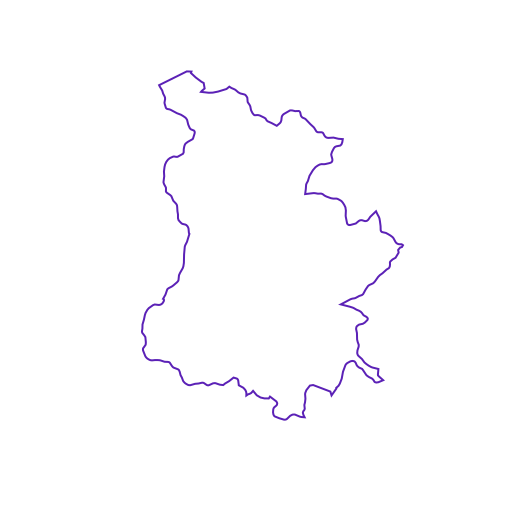 map outline of Rasinski (Mercator projection), rotated 123°
{"feature_id": "SRB-833", "entity_name": "Rasinski", "entity_type": "District", "adm_level": 1, "iso_a3": "SRB", "parent_name": "Republic of Serbia", "parent_adm1": "", "projection": "mercator", "projection_center": [21.143, 43.49], "detail": "fine", "context": "isolated", "style": "outline", "palette": "violet", "viewbox_px": 512, "rotation_deg": 123, "n_neighbors": 0, "source": "natural_earth", "source_scale": "10m", "svg_char_len": 6150}
<svg xmlns="http://www.w3.org/2000/svg" viewBox="0 0 512 512"><g transform="rotate(123 256 256)"><path d="M148.3,391.5L144.8,384.5L142.5,381.2L138.8,377.4L132.0,371.7L128.5,370.6L128.5,368.2L127.9,364.6L127.9,363.5L128.4,359.9L128.3,358.8L128.2,357.7L126.9,353.9L126.7,352.9L126.9,351.9L127.7,350.0L128.1,349.4L131.1,347.1L131.6,346.5L132.7,343.8L133.6,342.3L136.2,339.8L136.9,338.8L138.1,336.7L138.7,334.8L138.7,334.0L138.4,333.4L137.1,331.7L136.5,330.6L136.1,329.3L135.5,324.5L135.5,322.9L136.4,321.1L136.7,319.7L136.0,315.3L135.5,309.5L131.5,308.3L130.3,308.2L128.5,308.6L125.5,310.1L124.3,310.4L122.8,310.3L121.8,310.0L115.3,306.7L114.2,304.9L113.2,302.1L111.1,299.1L111.0,298.5L111.2,297.7L111.8,296.8L113.9,294.7L114.5,293.2L114.6,292.3L114.2,290.1L114.2,289.0L115.8,282.3L116.6,277.7L117.0,276.6L118.6,273.3L118.7,272.4L118.5,271.5L116.6,268.5L116.3,267.6L116.3,266.9L116.6,266.2L117.7,264.3L118.2,262.9L118.3,261.9L118.1,260.8L117.6,259.7L114.5,255.5L112.8,250.7L110.7,246.9L113.6,245.6L115.9,245.1L117.5,245.5L120.3,248.4L121.6,249.2L123.1,249.4L127.2,249.0L129.8,248.3L130.7,247.5L133.1,244.8L133.9,244.2L134.7,243.8L136.1,243.7L137.1,244.2L138.0,244.9L141.0,247.8L141.8,248.7L143.3,251.1L144.6,252.4L146.6,253.5L149.1,254.5L153.0,255.0L159.6,254.8L164.9,253.3L167.7,253.1L168.9,252.8L172.7,250.7L177.3,248.5L171.9,242.0L171.2,240.8L170.0,238.0L168.2,235.4L167.8,233.9L168.0,231.5L167.8,229.4L166.7,224.6L165.8,222.5L163.9,219.5L163.6,218.2L163.4,215.6L163.4,214.2L164.0,212.2L165.1,209.8L166.5,207.5L168.9,205.4L173.3,202.8L174.3,202.0L179.2,197.2L179.5,196.2L179.5,195.3L179.1,194.4L178.4,193.6L174.4,190.0L170.7,188.9L169.3,188.1L168.3,186.7L167.4,183.6L166.8,182.8L166.0,182.1L164.5,181.6L160.8,181.5L153.1,179.7L154.7,177.2L156.2,174.4L157.2,173.0L159.1,171.2L163.1,167.8L166.3,165.6L166.8,165.1L167.2,164.3L167.3,163.4L165.9,159.6L165.7,157.0L165.6,154.3L165.8,151.7L166.2,150.4L168.0,147.1L168.5,146.0L168.7,144.8L168.6,143.7L168.3,142.6L166.9,140.3L166.8,139.4L166.9,138.6L169.0,138.5L170.4,139.7L173.4,140.1L173.9,139.8L175.1,138.5L175.6,138.2L181.5,138.0L184.5,139.6L187.6,140.4L188.6,140.1L190.1,139.0L191.9,138.1L193.3,137.9L194.2,138.1L196.2,139.1L201.6,140.5L204.6,141.7L207.1,142.2L212.6,142.4L214.7,142.8L215.4,143.1L218.7,145.2L220.2,145.7L224.4,145.8L229.6,145.4L231.1,145.9L233.2,147.6L236.7,149.5L237.6,150.1L239.4,152.1L240.8,153.2L250.4,158.5L247.4,149.6L246.6,146.7L246.4,145.2L246.3,142.5L245.8,140.0L245.7,137.8L246.1,136.1L247.0,133.9L247.1,132.9L246.9,130.5L247.0,129.5L247.3,128.6L247.8,128.0L249.0,127.7L252.6,128.5L254.7,129.5L257.3,132.1L258.1,132.5L259.8,133.1L261.0,133.1L262.7,132.3L265.6,129.4L271.0,125.7L272.7,123.9L274.6,121.4L276.2,120.5L279.9,119.5L282.2,118.3L283.0,117.5L283.7,116.5L284.0,115.5L284.7,111.0L286.2,107.1L286.5,104.5L286.6,101.8L286.4,99.0L286.1,97.6L284.1,91.8L289.0,89.2L289.7,88.6L290.0,87.6L290.9,81.7L295.2,84.6L296.6,86.2L297.0,87.5L297.0,88.0L295.9,90.3L295.6,91.9L296.0,95.5L295.9,97.8L295.7,98.8L293.2,104.6L292.9,105.6L293.4,108.7L293.2,110.8L292.6,112.3L291.3,114.2L290.8,115.7L290.9,116.7L291.5,118.0L292.3,118.9L293.2,119.6L296.2,121.2L298.0,121.6L299.1,121.5L305.7,120.0L312.2,117.3L317.4,116.2L319.9,116.1L322.9,116.9L323.4,116.4L331.8,116.7L329.2,119.8L333.1,137.8L335.3,140.2L341.1,140.7L344.0,140.1L345.1,139.6L348.8,136.8L352.0,135.2L354.6,134.3L357.6,131.9L359.1,131.6L360.5,131.8L362.0,131.3L363.5,129.6L364.8,127.4L366.3,130.2L366.8,131.6L367.8,137.1L368.7,138.5L369.3,139.1L371.4,140.3L375.8,141.3L376.9,141.9L377.5,142.6L378.0,143.4L379.4,148.1L380.3,152.8L380.2,153.7L379.5,155.0L377.8,156.6L375.2,158.0L374.1,158.3L373.1,158.3L370.4,157.5L369.4,157.4L368.1,157.9L367.6,158.4L366.9,159.7L366.3,167.7L368.5,167.7L370.8,171.3L372.2,175.1L372.4,179.5L370.7,185.0L373.5,185.4L375.1,186.3L376.3,187.3L378.3,188.1L376.5,189.2L375.1,190.5L374.1,192.2L373.4,194.9L373.8,200.0L370.0,203.2L369.5,204.0L369.2,204.8L369.4,205.9L370.2,208.6L375.6,210.4L379.8,212.5L382.1,213.2L383.6,216.2L384.7,220.6L385.1,221.4L386.2,222.7L389.5,224.8L390.4,225.5L390.8,226.2L391.0,226.9L391.0,227.9L390.9,230.3L391.1,231.3L391.6,232.2L394.2,234.7L396.4,237.5L400.2,240.8L401.0,242.3L401.2,243.3L401.3,245.6L401.2,246.7L400.7,248.6L400.3,249.3L398.3,252.0L397.0,254.4L394.6,257.0L393.6,258.6L393.5,259.6L394.5,264.4L394.4,265.4L394.0,266.7L392.4,270.3L392.4,271.2L392.8,272.2L394.5,275.1L395.6,279.3L396.2,280.7L398.1,283.8L400.2,286.4L400.9,287.9L401.1,289.0L401.2,291.2L401.0,292.3L400.7,293.4L400.2,294.4L396.8,299.2L396.0,299.9L395.0,300.4L390.7,300.2L389.9,300.5L388.2,301.5L384.3,304.6L383.4,306.5L382.4,309.5L381.8,310.2L381.3,310.6L378.8,311.7L375.2,313.9L370.5,315.3L366.1,317.0L363.9,317.6L360.3,317.8L358.1,317.5L353.3,315.6L351.8,314.5L350.1,311.0L349.4,310.1L348.5,309.4L346.8,308.7L344.4,308.7L343.4,309.0L342.6,309.6L342.4,310.2L342.5,310.6L337.7,310.9L332.5,312.2L331.7,312.2L330.3,311.6L327.5,310.0L325.7,309.3L321.0,307.9L319.3,307.7L318.4,307.9L314.1,310.1L311.6,310.5L306.2,310.8L304.2,311.3L301.1,312.7L293.8,317.2L287.0,320.8L285.6,321.2L281.7,321.6L273.7,323.9L273.6,324.3L273.1,324.9L269.8,327.5L269.0,328.5L268.4,329.6L268.0,331.3L268.1,332.3L269.1,335.1L269.2,336.1L268.7,338.5L268.1,340.5L266.8,342.0L263.6,344.1L261.2,346.3L257.8,348.8L256.5,349.9L256.1,350.6L255.7,351.4L254.7,355.5L251.9,359.6L251.6,361.1L251.5,365.0L251.3,366.0L250.9,366.7L248.5,368.2L247.6,368.9L246.0,371.9L245.3,372.9L244.5,373.8L239.1,376.4L235.3,379.2L231.2,381.2L228.7,382.1L225.9,382.5L223.1,382.3L220.9,381.6L217.9,379.7L217.2,379.0L216.3,376.9L215.5,375.8L210.0,372.9L208.5,373.1L205.7,374.8L203.0,375.9L201.3,376.3L200.1,376.3L197.5,375.4L192.5,372.8L191.4,372.9L186.8,374.2L185.5,374.8L184.9,375.5L184.6,376.4L185.2,379.4L185.1,380.3L184.7,381.4L182.7,384.4L179.4,387.9L178.7,389.4L178.4,390.6L178.3,393.2L178.4,395.9L179.3,400.1L179.9,407.3L180.2,408.6L180.9,410.2L181.1,410.8L181.0,411.7L180.8,412.3L178.0,415.6L177.2,416.3L173.9,417.7L172.7,418.6L172.0,419.5L170.4,422.3L168.3,424.8L166.4,428.8L165.5,430.3L138.9,414.6L136.5,410.6L138.0,410.2L139.1,403.8L139.6,396.6L139.4,394.1L143.5,390.3L147.2,391.4L148.3,391.5Z" fill="none" stroke="#5b21b6" stroke-width="2"/></g></svg>